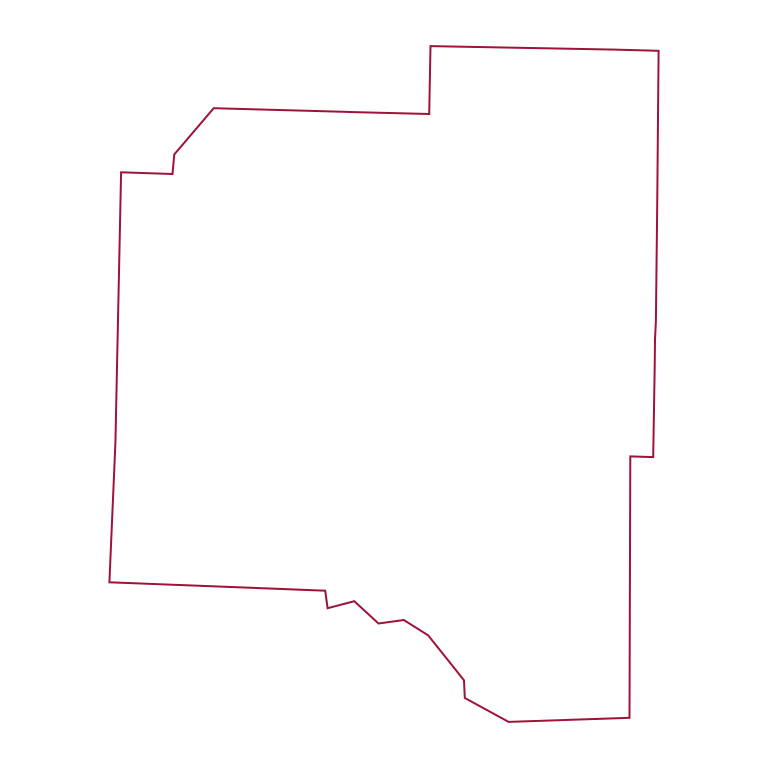 the district of Grant, Arkansas, United States of America
{"feature_id": "52423323B41893440986627", "entity_name": "Grant", "entity_type": "district", "adm_level": 2, "iso_a3": "USA", "parent_name": "United States of America", "parent_adm1": "Arkansas", "projection": "equal_earth", "projection_center": [-92.409, 34.278], "detail": "fine", "context": "isolated", "style": "outline", "palette": "rose", "viewbox_px": 768, "rotation_deg": 0, "n_neighbors": 0, "source": "geoboundaries", "source_scale": "gbopen_adm2", "svg_char_len": 507}
<svg xmlns="http://www.w3.org/2000/svg" viewBox="0 0 768 768"><path d="M121.1,172.3L115.4,443.2L109.4,582.3L325.2,590.7L327.6,608.2L354.3,601.2L378.5,623.5L403.8,620.0L428.2,635.4L441.7,652.3L464.0,680.3L464.8,698.0L508.6,721.9L629.5,717.8L630.3,456.4L653.2,457.1L654.7,366.5L655.0,339.2L655.9,321.2L657.1,215.0L657.4,185.7L658.6,50.8L614.5,49.6L440.4,46.3L430.5,46.1L429.2,114.0L353.2,112.1L344.3,111.8L213.7,108.2L174.3,154.4L172.5,174.0L121.1,172.3Z" fill="none" stroke="#9f1239" stroke-width="2"/></svg>